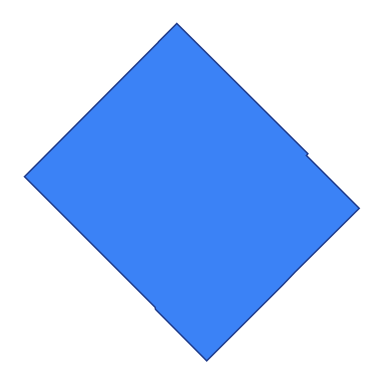 Bent, Colorado, United States of America, rotated 315°
{"feature_id": "52423323B38382285790282", "entity_name": "Bent", "entity_type": "district", "adm_level": 2, "iso_a3": "USA", "parent_name": "United States of America", "parent_adm1": "Colorado", "projection": "mercator", "projection_center": [-103.006, 37.955], "detail": "fine", "context": "isolated", "style": "filled", "palette": "blue", "viewbox_px": 384, "rotation_deg": 315, "n_neighbors": 0, "source": "geoboundaries", "source_scale": "gbopen_adm2", "svg_char_len": 318}
<svg xmlns="http://www.w3.org/2000/svg" viewBox="0 0 384 384"><g transform="rotate(315 192 192)"><path d="M300.4,62.1L274.4,62.1L274.0,62.3L84.4,62.7L84.4,247.4L83.2,249.2L83.0,321.8L190.8,321.9L207.9,321.5L298.7,321.8L298.7,247.1L301.0,246.9L300.4,62.1Z" fill="#3b82f6" stroke="#1e3a8a" stroke-width="1.5"/></g></svg>